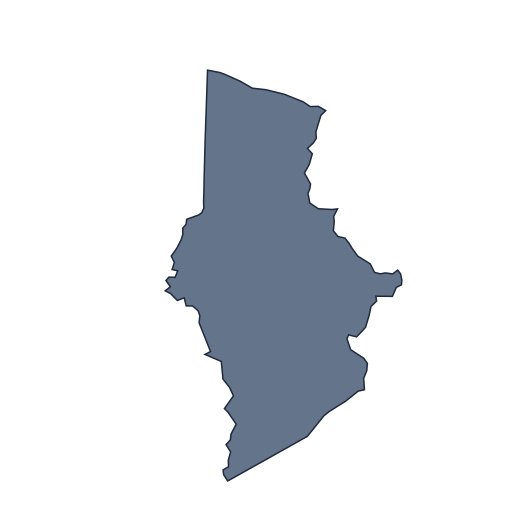 Morro Redondo, Rio Grande do Sul, Brazil (Albers equal-area conic projection), rotated 333°
{"feature_id": "56859067B73555987690660", "entity_name": "Morro Redondo", "entity_type": "district", "adm_level": 2, "iso_a3": "BRA", "parent_name": "Brazil", "parent_adm1": "Rio Grande do Sul", "projection": "albers", "projection_center": [-52.634, -31.623], "detail": "fine", "context": "isolated", "style": "filled", "palette": "slate", "viewbox_px": 512, "rotation_deg": 333, "n_neighbors": 0, "source": "geoboundaries", "source_scale": "gbopen_adm2", "svg_char_len": 1582}
<svg xmlns="http://www.w3.org/2000/svg" viewBox="0 0 512 512"><g transform="rotate(333 256 256)"><path d="M164.6,237.0L165.7,244.5L159.3,245.8L162.8,250.7L165.7,259.9L173.0,260.7L171.2,268.8L176.8,271.7L179.5,278.4L178.9,283.6L175.0,289.6L172.1,320.5L165.8,320.5L177.2,334.2L170.7,350.7L172.8,361.1L172.4,370.4L158.6,377.6L160.1,382.3L162.0,396.8L152.7,403.5L149.7,408.2L143.7,410.4L144.4,419.1L138.6,425.4L135.8,431.3L129.6,431.6L127.9,436.1L128.6,443.6L219.9,440.0L244.2,429.1L250.7,427.8L259.2,427.0L269.5,426.1L285.7,422.8L291.9,424.4L296.4,413.9L302.7,408.4L306.5,402.2L305.6,396.0L297.8,382.5L299.5,371.0L302.7,368.3L308.9,373.7L316.7,371.0L321.2,369.3L330.2,359.9L335.5,353.2L343.0,350.9L344.5,346.2L359.2,353.9L366.8,347.7L372.5,347.7L374.9,344.0L376.7,337.7L375.9,332.9L369.7,334.0L363.4,329.7L358.8,328.4L354.2,324.5L354.2,314.9L346.6,302.3L345.1,292.8L344.7,287.1L343.4,280.4L337.9,275.9L336.4,268.7L341.5,260.5L343.2,256.0L350.0,251.0L345.1,249.2L333.0,242.2L328.0,233.3L330.7,223.9L334.6,220.4L337.3,216.6L336.8,204.1L344.9,198.7L352.6,190.5L350.7,183.5L358.4,181.3L363.2,178.5L365.7,172.6L377.6,160.2L384.1,158.1L379.5,151.0L372.2,147.5L368.1,140.2L354.9,125.0L340.3,112.3L328.9,104.8L321.3,93.1L318.2,89.3L310.6,79.9L307.2,76.2L297.2,68.4L262.6,130.9L243.5,166.1L238.5,175.6L236.1,179.9L234.0,183.7L231.2,189.7L227.2,192.9L223.2,193.4L216.4,192.5L210.9,191.8L208.1,196.0L203.4,197.9L200.7,203.4L196.6,207.6L189.0,213.1L180.4,217.6L180.4,224.6L175.1,230.0L179.5,233.6L174.3,238.3L168.9,235.3L164.6,237.0Z" fill="#64748b" stroke="#1e293b" stroke-width="1.5"/></g></svg>